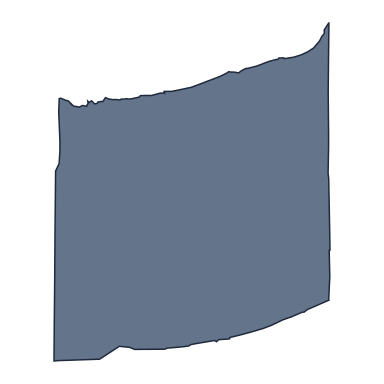 Kiang Central, Lower River, Gambia
{"feature_id": "56634734B95834842597723", "entity_name": "Kiang Central", "entity_type": "district", "adm_level": 2, "iso_a3": "GMB", "parent_name": "Gambia", "parent_adm1": "Lower River", "projection": "equal_earth", "projection_center": [-15.756, 13.406], "detail": "fine", "context": "isolated", "style": "filled", "palette": "slate", "viewbox_px": 384, "rotation_deg": 0, "n_neighbors": 0, "source": "geoboundaries", "source_scale": "gbopen_adm2", "svg_char_len": 1692}
<svg xmlns="http://www.w3.org/2000/svg" viewBox="0 0 384 384"><path d="M328.8,300.2L328.7,300.1L329.5,282.6L329.8,277.2L329.2,250.4L330.0,250.1L329.6,226.3L328.7,178.4L328.1,173.3L328.1,173.0L328.2,168.4L328.5,150.7L328.6,143.9L328.6,134.9L328.2,92.3L328.2,91.3L328.2,90.0L328.9,24.6L328.9,23.0L328.7,23.0L324.2,30.0L324.3,33.5L321.9,36.3L319.6,40.9L313.7,47.9L307.8,51.8L301.3,54.8L294.0,57.1L284.2,58.7L283.9,57.9L283.1,57.9L278.9,58.0L277.8,59.5L276.0,59.5L268.6,61.5L256.3,66.2L248.3,68.2L245.4,68.6L241.2,70.9L238.6,72.9L234.2,72.1L231.2,72.1L228.6,71.7L227.1,72.9L220.0,76.4L215.9,78.0L208.7,80.7L203.6,82.7L195.3,85.8L190.9,87.4L177.6,90.2L171.5,91.4L164.1,91.4L164.6,93.2L164.4,93.1L160.3,93.1L151.4,95.5L151.0,95.5L144.7,95.5L140.5,95.6L139.1,97.1L132.0,98.7L129.3,99.1L126.7,98.7L123.8,99.1L121.1,99.1L120.5,99.9L119.6,99.9L118.4,99.9L116.7,99.5L112.6,99.6L108.1,98.8L105.5,97.6L102.8,101.5L100.5,101.5L99.6,101.9L98.1,101.9L96.9,103.5L94.6,103.9L91.6,100.8L89.0,102.4L87.8,101.2L88.1,103.5L87.2,104.7L86.6,106.3L82.5,105.5L79.3,107.1L75.2,106.3L73.7,106.3L71.0,103.6L71.0,104.0L68.4,100.9L66.3,100.5L60.7,98.2L59.2,98.6L59.2,99.4L58.7,111.6L59.9,140.7L59.9,151.6L59.1,163.6L55.6,171.0L55.0,233.5L54.7,278.5L54.6,288.8L54.2,331.7L54.0,359.3L54.0,361.0L58.4,360.6L99.6,359.2L100.2,358.8L119.3,346.3L129.9,347.4L134.4,349.4L148.2,349.3L165.0,349.2L166.8,348.1L172.6,347.7L178.5,347.2L185.1,346.5L188.6,346.0L191.2,344.5L197.3,343.4L214.5,340.5L216.5,341.7L218.6,339.7L229.5,338.9L229.9,337.5L240.1,335.0L253.3,331.4L263.6,328.3L271.9,325.1L282.2,320.1L288.9,317.7L291.3,316.9L302.2,312.2L304.0,312.2L307.5,309.5L328.8,300.2Z" fill="#64748b" stroke="#1e293b" stroke-width="1.5"/></svg>